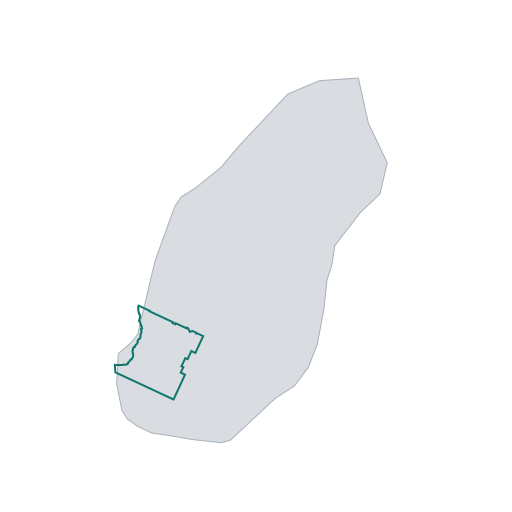 location of 96, Ar Rayyān, Qatar, rotated 25°
{"feature_id": "91078587B9070844542382", "entity_name": "96", "entity_type": "district", "adm_level": 2, "iso_a3": "QAT", "parent_name": "Qatar", "parent_adm1": "Ar Rayyān", "projection": "robinson", "projection_center": [50.859, 24.856], "detail": "fine", "context": "in_parent", "style": "outline", "palette": "teal", "viewbox_px": 512, "rotation_deg": 25, "n_neighbors": 0, "source": "geoboundaries", "source_scale": "gbopen_adm2", "svg_char_len": 4087}
<svg xmlns="http://www.w3.org/2000/svg" viewBox="0 0 512 512"><g transform="rotate(25 256 256)"><path d="M275.1,449.5L255.2,454.8L236.5,460.5L220.8,460.4L208.3,458.1L199.9,452.7L183.8,430.9L172.5,402.7L179.5,386.9L181.9,377.1L166.5,302.7L161.5,245.6L163.3,233.9L172.1,220.4L186.7,190.7L194.5,162.0L216.4,95.7L239.5,70.2L273.6,51.5L301.6,88.1L335.6,116.1L342.1,147.3L332.1,172.8L323.0,213.3L328.5,232.0L330.6,248.1L339.9,275.2L348.9,310.3L350.5,334.8L345.7,357.5L333.8,376.5L310.6,433.8L303.6,439.8L275.1,449.5Z" fill="#d9dde1" stroke="#a8b0b8" stroke-width="1"/><path d="M241.9,420.9L241.8,393.5L237.1,393.5L237.1,387.5L235.1,387.5L235.1,378.4L237.6,378.4L237.6,369.5L242.0,369.5L242.0,351.0L235.4,350.9L234.6,351.7L233.8,350.8L230.0,350.8L228.1,352.7L225.0,350.2L223.6,350.2L223.6,350.9L211.7,350.9L211.7,352.0L208.8,352.0L208.8,351.1L183.0,351.1L183.0,350.6L170.6,350.6L170.6,350.9L170.8,351.2L170.7,351.7L170.8,352.1L170.9,352.7L171.0,352.7L171.1,352.8L171.4,353.0L171.5,353.1L171.8,354.0L172.0,354.2L172.2,354.7L172.2,354.8L172.4,355.2L172.5,355.4L172.8,355.5L173.0,355.8L173.1,356.0L173.3,356.3L173.6,356.7L173.7,356.8L173.9,356.9L174.0,357.2L174.2,357.3L174.3,357.5L174.5,357.6L174.6,357.9L175.0,358.0L175.3,358.2L175.4,358.3L175.5,358.5L176.0,358.7L176.0,358.9L176.1,359.0L176.4,359.2L176.6,359.5L176.7,359.8L176.7,360.0L176.7,360.7L177.0,361.2L177.0,361.4L177.1,361.6L177.1,362.3L177.2,362.5L177.2,363.2L177.2,363.3L177.3,364.0L177.6,364.0L177.6,364.4L177.7,364.5L178.0,364.6L178.4,364.7L178.5,364.8L178.7,365.0L179.0,365.2L179.2,365.3L179.4,365.5L179.5,365.6L179.6,365.8L179.8,365.9L179.9,366.0L180.0,366.2L180.0,366.3L180.3,366.6L180.4,366.8L180.6,366.8L180.8,367.0L181.0,367.4L181.3,367.5L181.5,367.8L181.8,367.9L181.8,368.0L182.0,368.0L182.4,368.5L182.5,368.7L182.6,368.8L182.8,369.0L183.0,369.3L182.9,369.3L182.8,370.5L182.7,371.1L182.8,371.1L183.0,371.3L183.3,371.4L183.4,371.5L183.5,371.5L183.6,371.8L183.6,372.0L183.7,372.3L183.8,372.5L184.0,372.6L184.1,372.9L184.3,373.0L184.4,373.5L184.4,373.9L184.4,374.0L184.5,374.0L184.6,374.8L184.5,375.2L184.5,376.0L184.8,376.3L184.9,376.5L185.2,377.3L185.3,377.5L185.3,377.9L185.5,378.4L185.5,378.5L185.5,378.9L185.6,379.0L185.6,379.6L185.6,379.9L185.5,380.1L185.5,380.3L185.3,380.4L185.2,380.5L184.8,381.1L184.8,382.2L184.7,382.6L184.6,382.8L184.7,383.2L184.7,383.3L184.9,383.3L185.0,383.5L185.2,383.8L185.3,384.2L185.3,384.7L185.3,384.8L185.4,385.2L185.4,385.3L185.4,385.5L185.2,386.0L185.0,386.6L184.9,386.8L184.7,387.2L184.6,387.3L184.6,387.6L184.5,388.0L184.4,388.1L184.4,388.3L184.5,388.5L184.6,389.3L184.4,389.3L184.3,389.7L184.2,389.7L184.1,390.0L183.8,390.3L183.7,390.5L183.6,391.1L183.8,391.3L183.8,392.2L183.9,392.4L183.9,392.8L184.0,392.8L184.0,393.2L184.2,393.5L184.2,394.1L184.3,394.2L184.3,394.3L184.4,394.5L184.5,394.7L184.5,394.8L184.7,395.0L184.8,395.2L184.9,395.3L185.0,395.4L185.0,395.6L185.2,395.8L185.3,396.2L185.6,396.2L185.7,396.3L185.9,396.4L186.0,396.5L186.1,396.8L186.3,397.1L186.4,397.4L186.5,397.6L186.5,397.8L186.7,398.1L186.9,398.5L186.9,398.8L187.0,398.9L187.0,399.0L187.2,399.6L187.2,399.8L187.1,400.2L187.0,400.3L187.0,400.6L187.0,400.8L187.0,401.0L187.0,401.3L187.0,401.5L186.9,401.5L186.8,401.8L186.8,402.0L186.8,402.3L186.7,402.3L186.6,402.5L186.4,402.6L186.2,402.7L186.2,402.8L186.1,403.0L186.0,403.4L186.0,403.6L186.0,403.8L185.9,404.3L185.9,404.6L185.8,404.8L185.7,405.0L185.6,405.9L185.4,406.0L185.4,406.3L185.2,406.4L185.1,407.0L185.2,407.3L185.4,407.3L185.4,407.6L185.3,408.0L185.2,408.0L185.1,408.3L184.8,408.8L184.7,408.8L184.6,409.0L184.4,409.1L184.1,409.3L183.8,409.5L183.6,409.5L183.4,409.8L183.1,409.9L183.0,410.0L182.8,410.0L182.5,410.2L182.4,410.2L182.1,410.4L181.8,410.6L181.6,410.7L181.5,410.8L181.4,410.8L181.2,411.0L180.9,411.2L180.7,411.3L180.5,411.5L180.3,411.6L179.8,411.8L179.0,412.2L178.8,412.4L178.7,412.4L178.3,412.6L178.1,412.7L177.8,412.8L177.6,412.9L177.2,413.1L175.9,413.6L175.4,413.8L175.1,413.9L174.8,414.0L174.4,414.2L174.1,414.2L174.1,414.3L175.2,416.4L176.4,418.5L176.6,418.9L177.8,420.9L241.9,420.9Z" fill="none" stroke="#0f766e" stroke-width="2"/></g></svg>